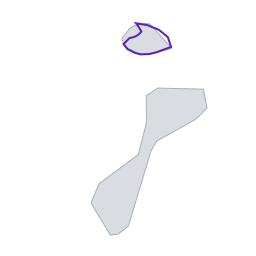 Saint-Pierre highlighted on a map of Saint Pierre and Miquelon, rotated 214°
{"feature_id": "SPM-4866", "entity_name": "Saint-Pierre", "entity_type": "Commune", "adm_level": 1, "iso_a3": "SPM", "parent_name": "Saint Pierre and Miquelon", "parent_adm1": "", "projection": "equal_earth", "projection_center": [-56.176, 46.782], "detail": "fine", "context": "in_parent", "style": "outline", "palette": "violet", "viewbox_px": 256, "rotation_deg": 214, "n_neighbors": 0, "source": "natural_earth", "source_scale": "10m", "svg_char_len": 720}
<svg xmlns="http://www.w3.org/2000/svg" viewBox="0 0 256 256"><g transform="rotate(214 128 128)"><path d="M125.7,177.7L87.1,202.4L73.6,188.6L77.0,172.5L96.8,133.5L96.2,122.3L72.9,47.0L76.8,34.7L82.7,29.3L116.8,45.2L120.8,65.7L104.6,112.0L115.7,142.7L130.9,164.9L125.7,177.7ZM177.2,221.2L168.0,226.6L136.3,218.4L151.4,200.7L162.0,195.5L176.4,193.4L183.1,198.8L182.3,211.9L177.2,221.2Z" fill="#d9dde1" stroke="#a8b0b8" stroke-width="1"/><path d="M177.1,203.3L174.7,205.8L172.8,208.6L171.4,211.8L170.8,215.4L177.5,218.6L179.9,219.3L169.5,224.1L157.3,226.7L145.7,225.6L137.6,219.3L147.0,206.4L152.1,200.9L159.0,195.9L164.2,194.2L172.5,193.1L178.6,195.2L177.1,203.3Z" fill="none" stroke="#5b21b6" stroke-width="2"/></g></svg>